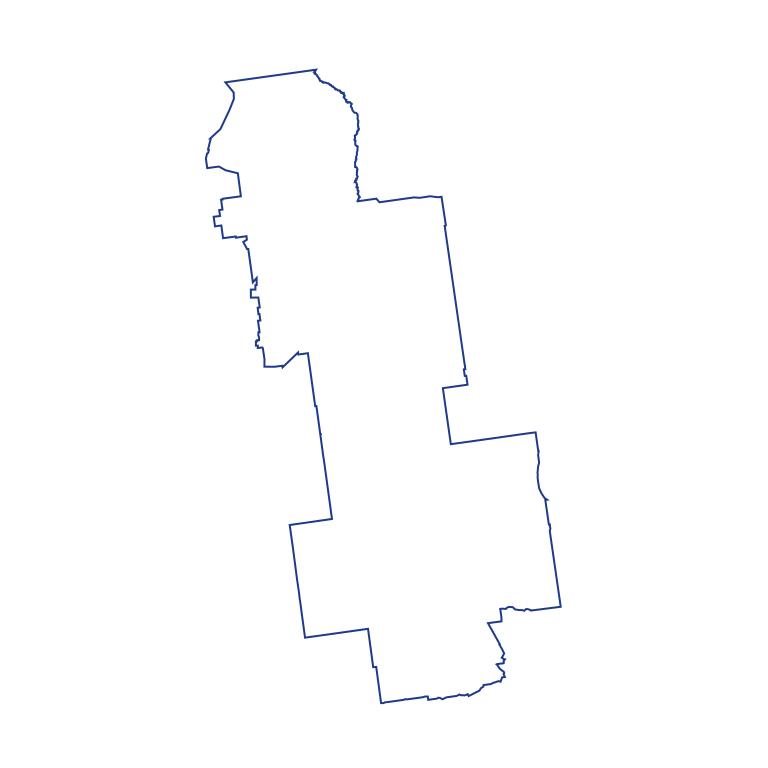 outline of Yarriambiack, Victoria, Australia, rotated 172°
{"feature_id": "25037944B93002214322562", "entity_name": "Yarriambiack", "entity_type": "district", "adm_level": 2, "iso_a3": "AUS", "parent_name": "Australia", "parent_adm1": "Victoria", "projection": "albers", "projection_center": [142.438, -36.026], "detail": "fine", "context": "isolated", "style": "outline", "palette": "blue", "viewbox_px": 768, "rotation_deg": 172, "n_neighbors": 0, "source": "geoboundaries", "source_scale": "gbopen_adm2", "svg_char_len": 5984}
<svg xmlns="http://www.w3.org/2000/svg" viewBox="0 0 768 768"><g transform="rotate(172 384 384)"><path d="M431.3,68.4L428.7,68.1L427.4,68.6L424.5,68.5L408.2,68.5L406.9,69.0L405.3,68.5L389.3,68.4L387.1,68.8L384.1,68.4L384.2,65.1L375.4,65.1L373.8,65.8L371.8,65.1L370.1,63.7L369.1,63.9L365.9,65.0L355.4,65.0L352.5,66.0L351.1,65.0L349.7,65.0L347.8,64.4L345.4,64.8L344.3,65.2L343.6,63.2L332.1,67.1L330.5,69.2L327.7,70.5L327.4,72.0L319.7,72.0L318.2,72.7L312.0,73.8L310.0,73.0L307.8,77.1L305.1,77.0L306.0,80.1L305.1,81.2L305.4,82.2L309.0,85.9L310.8,89.8L311.5,90.7L310.9,90.9L304.4,90.8L303.9,93.5L303.5,93.4L303.0,94.2L302.6,94.5L303.4,94.9L305.5,96.5L302.5,100.4L304.0,105.0L306.0,110.0L305.6,110.2L309.0,119.0L314.3,132.7L300.7,132.6L300.4,135.0L300.2,135.4L300.2,145.1L298.3,145.1L294.7,144.3L293.6,145.2L291.4,145.9L287.6,145.1L287.0,144.5L285.9,142.8L285.2,142.4L281.9,141.4L278.4,140.8L276.6,139.9L275.1,141.2L273.3,141.2L269.8,139.5L269.8,139.2L240.0,138.8L240.3,215.6L239.4,217.5L239.4,221.9L240.3,221.9L240.4,246.7L238.6,246.7L241.0,249.0L243.1,253.4L244.2,256.7L244.9,259.4L245.0,266.1L244.9,269.8L244.3,273.3L244.4,274.4L242.8,281.0L241.3,284.7L241.3,292.1L240.1,296.2L240.2,296.4L240.6,296.4L240.6,315.0L246.1,315.1L326.2,315.1L326.3,371.7L301.4,371.7L301.4,380.6L301.5,380.8L302.9,380.8L302.9,387.4L301.4,387.4L301.4,389.9L301.2,390.3L301.2,390.8L301.4,391.2L301.5,411.4L301.9,532.2L300.7,532.4L300.7,536.5L301.0,561.4L303.9,561.4L304.8,561.5L312.3,563.5L322.8,563.4L328.2,564.6L363.2,564.6L365.8,568.6L384.8,568.6L384.8,568.9L384.4,569.3L383.7,569.7L383.7,570.1L383.9,570.4L383.7,570.7L383.5,570.9L383.3,571.4L381.9,572.4L382.3,573.0L382.7,573.3L382.7,573.9L383.0,574.7L383.8,576.0L383.7,576.2L382.8,576.9L382.8,577.7L382.4,578.4L382.4,578.9L382.6,579.2L383.0,579.2L383.2,579.9L382.9,581.3L382.6,582.0L383.2,582.2L383.4,582.6L383.8,582.5L384.0,582.7L384.0,582.8L383.1,583.4L383.1,583.6L383.3,584.6L382.9,585.4L383.1,585.6L383.1,586.1L383.7,587.4L383.8,588.1L384.3,588.4L384.7,588.3L384.1,589.5L383.6,589.6L383.1,589.9L382.7,590.0L382.7,590.3L383.0,590.6L383.1,590.9L382.8,591.3L381.9,591.5L381.7,592.0L381.6,592.7L381.2,593.3L381.6,593.7L381.9,594.7L381.9,595.2L381.3,596.6L381.5,597.4L381.0,598.2L381.1,599.0L380.3,600.1L380.7,600.9L380.7,602.0L381.2,602.5L381.8,602.8L382.3,602.7L382.5,602.9L382.5,603.2L382.1,603.7L382.1,604.3L382.2,604.9L381.9,606.2L381.9,607.3L381.7,607.9L381.1,608.3L380.8,609.9L380.3,610.0L380.4,610.7L379.9,611.0L380.2,612.4L380.0,613.0L379.3,613.9L378.8,615.3L378.8,616.3L378.6,616.6L378.6,617.2L377.8,618.7L377.8,619.5L377.5,620.4L377.5,620.9L377.3,621.4L377.2,622.1L376.9,622.8L377.1,623.1L378.0,623.4L378.1,623.8L378.8,624.3L379.0,624.8L379.1,625.4L378.9,626.5L378.9,627.5L378.7,628.1L378.3,628.6L378.4,628.9L379.2,629.5L379.3,629.9L378.7,630.4L378.7,631.4L378.4,632.0L378.4,633.8L378.1,633.9L377.9,634.4L376.9,634.6L376.4,635.4L375.6,635.8L375.5,636.1L375.8,637.0L375.7,637.5L375.3,638.0L374.7,638.1L374.5,638.3L374.6,638.9L374.4,639.1L373.6,639.3L373.3,640.1L373.3,640.4L373.8,640.9L373.8,641.4L373.6,642.1L373.8,642.5L373.9,642.8L373.6,643.5L373.7,645.3L373.0,646.4L373.2,647.1L372.7,648.4L372.8,648.6L373.1,648.9L373.1,649.6L373.3,650.5L372.9,652.0L372.7,652.6L372.9,653.4L372.6,654.4L373.4,655.8L373.7,656.2L374.8,656.7L375.3,656.7L375.8,657.0L376.4,658.3L377.1,659.2L377.2,660.2L377.3,660.6L377.2,661.2L377.3,661.8L377.5,662.3L378.2,663.0L378.1,664.1L377.8,664.7L376.9,665.8L377.0,666.1L377.8,666.7L378.0,667.1L378.6,667.8L379.2,667.7L379.6,668.1L380.2,667.7L380.7,667.5L381.0,667.7L381.2,668.2L381.9,668.5L381.7,669.1L382.3,669.7L381.7,670.5L382.5,671.2L383.4,672.5L383.5,673.1L384.0,673.4L384.0,673.7L383.5,673.8L383.4,674.7L382.8,674.9L382.9,675.6L383.6,676.2L383.7,676.5L383.2,677.6L384.0,678.0L384.6,677.8L385.0,678.4L385.3,678.2L386.0,678.2L386.2,678.5L385.8,679.0L385.9,679.3L386.7,679.9L386.9,680.2L386.8,680.6L387.6,681.1L388.4,680.9L388.8,681.2L389.0,681.7L389.6,682.0L389.9,682.5L390.5,682.4L390.5,682.7L391.5,683.0L391.6,684.1L392.0,684.4L392.7,684.9L393.1,685.0L393.3,685.3L393.2,685.7L393.9,685.8L394.4,686.3L394.6,687.2L394.8,687.5L395.1,687.5L395.3,687.4L395.8,687.6L395.7,688.0L395.9,688.2L396.6,688.7L397.2,689.5L397.8,689.7L398.7,689.7L399.7,690.6L400.9,690.9L401.0,691.0L401.5,691.0L402.0,690.7L402.4,691.0L402.1,691.3L402.6,691.8L403.1,692.2L403.5,692.2L403.5,692.4L404.1,692.7L404.4,693.0L405.1,693.1L405.1,693.5L405.4,693.9L405.3,694.3L405.5,694.6L405.4,695.2L405.9,695.5L406.0,696.2L406.4,696.5L406.6,697.5L407.2,698.1L407.2,698.5L407.4,698.7L407.4,699.1L407.8,699.4L407.9,699.8L408.2,700.0L408.5,700.6L408.9,701.1L409.1,701.1L409.4,700.9L409.5,701.0L409.5,701.6L409.3,701.8L409.3,702.0L409.5,702.1L409.1,702.3L409.4,702.7L409.5,703.5L409.2,703.6L409.1,703.8L408.7,703.7L408.5,704.0L408.1,703.9L407.5,704.7L499.1,704.8L492.3,693.6L493.0,687.2L498.7,677.2L510.5,659.2L521.3,651.7L521.2,651.7L525.5,641.0L525.3,641.0L524.8,640.3L526.0,637.3L527.2,636.8L529.0,632.0L529.0,622.4L517.3,622.3L516.8,622.0L511.1,617.7L499.4,613.0L499.6,589.8L518.1,589.9L518.2,589.1L519.7,589.1L519.7,579.2L523.0,579.2L523.0,573.2L529.4,573.3L529.4,563.6L523.0,563.6L523.1,550.8L510.3,550.7L510.3,549.5L499.6,549.5L499.7,546.0L503.6,544.2L500.8,536.7L499.6,536.6L499.7,502.9L495.4,506.7L496.3,499.7L497.6,499.8L498.2,495.4L502.7,496.0L503.8,488.1L496.4,487.1L496.4,477.1L498.5,477.1L498.6,470.6L497.6,470.6L497.6,464.1L500.0,464.2L500.0,452.6L501.2,452.7L501.7,449.5L501.2,447.4L501.6,444.8L503.4,445.1L503.6,443.9L504.9,444.1L505.5,439.8L503.6,439.5L504.0,437.2L498.6,437.1L499.0,436.9L498.9,425.2L500.0,417.8L490.0,416.3L482.1,416.2L482.1,414.6L464.7,427.2L464.7,425.1L455.1,425.1L455.2,371.6L454.0,371.6L454.1,344.1L453.7,343.4L452.8,342.9L454.1,343.0L454.2,321.7L454.1,314.9L454.3,257.6L497.0,257.5L497.0,233.0L497.3,202.7L497.2,188.4L497.4,184.0L497.3,183.1L497.4,182.9L497.3,181.0L497.4,166.6L497.5,166.3L497.4,165.8L497.5,143.8L433.9,143.8L434.1,105.1L431.1,104.9L431.3,68.4Z" fill="none" stroke="#1e3a8a" stroke-width="2"/></g></svg>